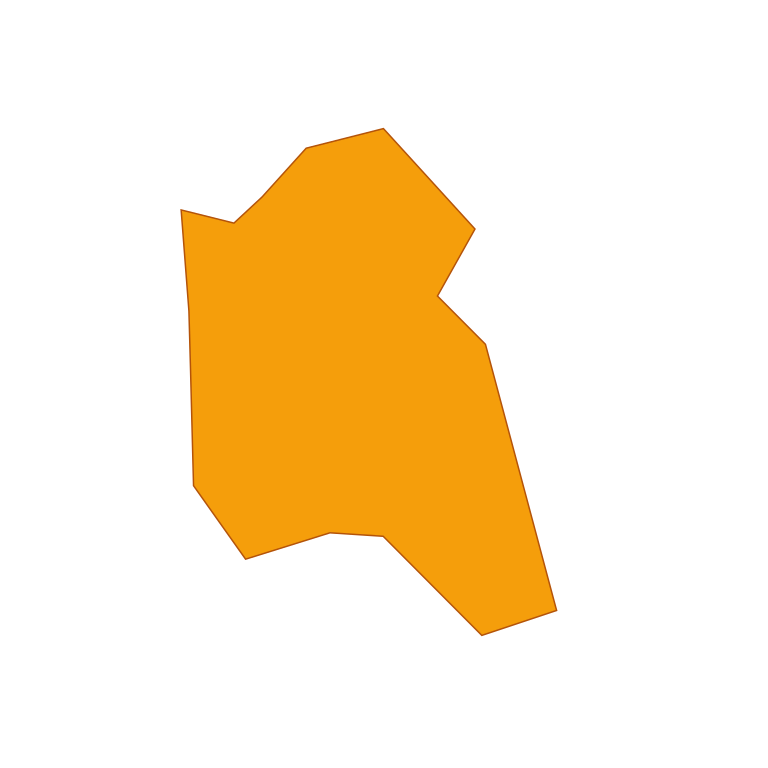 Okapa District, Eastern Highlands, Papua New Guinea, rotated 300°
{"feature_id": "67681753B79464726769716", "entity_name": "Okapa District", "entity_type": "district", "adm_level": 2, "iso_a3": "PNG", "parent_name": "Papua New Guinea", "parent_adm1": "Eastern Highlands", "projection": "equal_earth", "projection_center": [145.505, -6.653], "detail": "fine", "context": "isolated", "style": "filled", "palette": "amber", "viewbox_px": 768, "rotation_deg": 300, "n_neighbors": 0, "source": "geoboundaries", "source_scale": "gbopen_adm2", "svg_char_len": 399}
<svg xmlns="http://www.w3.org/2000/svg" viewBox="0 0 768 768"><g transform="rotate(300 384 384)"><path d="M349.6,178.6L300.8,208.6L200.7,269.9L184.0,306.2L163.1,351.7L228.1,411.6L251.7,459.4L215.2,594.4L274.2,646.7L302.9,618.0L469.1,452.0L486.9,386.3L563.7,385.3L604.9,255.8L549.3,198.7L485.0,184.9L448.3,173.6L433.3,121.3L349.6,178.6Z" fill="#f59e0b" stroke="#b45309" stroke-width="1.5"/></g></svg>